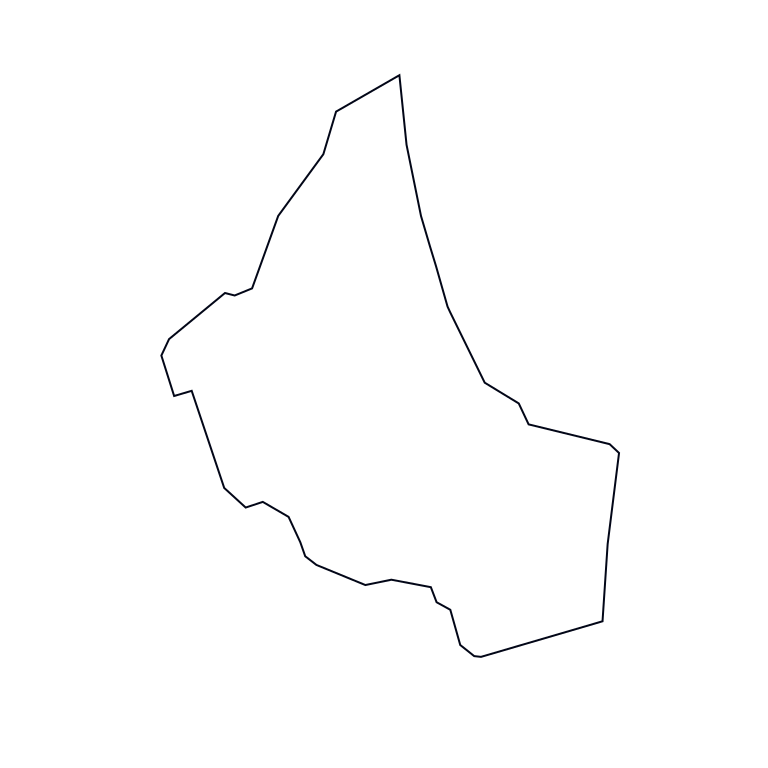 St. Charles, Louisiana, United States of America (Albers equal-area conic projection), rotated 343°
{"feature_id": "52423323B77626952716253", "entity_name": "St. Charles", "entity_type": "district", "adm_level": 2, "iso_a3": "USA", "parent_name": "United States of America", "parent_adm1": "Louisiana", "projection": "albers", "projection_center": [-90.368, 29.928], "detail": "fine", "context": "isolated", "style": "outline", "palette": "ink", "viewbox_px": 768, "rotation_deg": 343, "n_neighbors": 0, "source": "geoboundaries", "source_scale": "gbopen_adm2", "svg_char_len": 656}
<svg xmlns="http://www.w3.org/2000/svg" viewBox="0 0 768 768"><g transform="rotate(343 384 384)"><path d="M489.0,93.2L417.8,109.5L393.2,146.5L332.0,192.3L285.8,254.0L267.1,255.7L258.5,250.5L191.6,278.2L179.4,291.7L179.8,334.1L198.1,334.3L200.8,436.7L215.6,461.7L233.6,461.3L253.9,483.2L257.7,510.9L258.3,525.7L266.5,537.3L307.4,570.8L333.8,573.3L369.4,592.0L370.5,608.1L381.4,619.3L380.6,655.9L390.7,670.6L397.0,673.3L523.6,674.8L551.1,602.4L588.6,518.7L582.2,507.5L510.5,464.9L507.2,442.0L480.7,412.2L468.2,334.4L467.4,328.6L468.2,286.5L468.2,265.8L468.5,235.0L468.5,234.2L475.5,161.8L489.0,93.2Z" fill="none" stroke="#020617" stroke-width="2"/></g></svg>